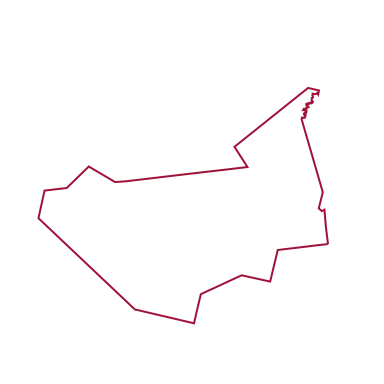 the district of Wosera Gawi District, East Sepik, Papua New Guinea, rotated 103°
{"feature_id": "67681753B51099161190944", "entity_name": "Wosera Gawi District", "entity_type": "district", "adm_level": 2, "iso_a3": "PNG", "parent_name": "Papua New Guinea", "parent_adm1": "East Sepik", "projection": "mercator", "projection_center": [142.835, -4.087], "detail": "fine", "context": "isolated", "style": "outline", "palette": "rose", "viewbox_px": 384, "rotation_deg": 103, "n_neighbors": 0, "source": "geoboundaries", "source_scale": "gbopen_adm2", "svg_char_len": 1105}
<svg xmlns="http://www.w3.org/2000/svg" viewBox="0 0 384 384"><g transform="rotate(103 192 192)"><path d="M223.8,336.0L252.1,335.7L285.5,278.8L296.6,259.9L319.2,221.4L319.3,221.3L319.5,160.5L300.8,160.5L289.5,160.4L271.9,137.7L262.0,124.9L261.7,95.7L229.2,95.4L215.2,56.5L212.6,49.0L211.5,48.0L196.7,53.4L188.4,56.1L179.4,59.0L181.4,61.2L179.4,64.8L162.8,64.5L96.4,101.6L95.7,101.3L94.8,101.6L94.8,100.3L94.4,99.0L93.3,99.2L93.0,98.5L90.9,98.7L91.8,99.8L90.4,100.6L88.9,99.3L88.5,98.5L86.9,98.8L88.0,99.4L86.7,100.8L87.2,102.2L85.8,101.8L85.7,100.7L84.4,99.7L83.6,98.7L83.1,97.6L82.1,98.9L81.8,100.1L80.7,100.2L80.9,99.0L80.4,98.4L79.9,99.6L79.2,98.4L78.9,97.7L78.8,96.8L78.5,96.2L78.8,95.7L77.8,94.6L77.0,94.5L77.3,95.6L76.7,96.0L75.7,95.7L74.7,96.2L73.7,96.5L72.4,95.3L71.7,95.8L70.8,96.5L69.1,96.6L69.0,96.0L69.4,95.8L69.0,94.3L68.6,93.2L67.3,92.2L68.6,91.0L67.6,91.0L66.5,91.1L64.5,91.1L64.5,102.3L138.4,160.8L141.2,157.9L155.2,143.6L163.5,166.7L167.3,177.5L172.8,192.9L183.6,223.1L196.6,259.3L199.6,269.2L190.4,298.3L216.3,315.0L223.8,336.0Z" fill="none" stroke="#9f1239" stroke-width="2"/></g></svg>